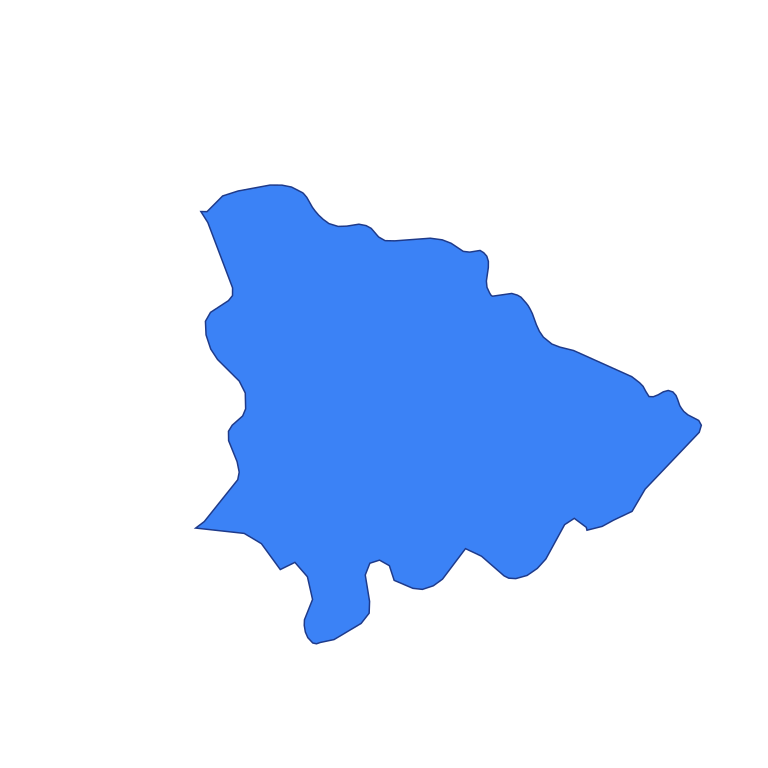 SVG path tracing the border of Yvelines, rotated 145°
{"feature_id": "FRA-5357", "entity_name": "Yvelines", "entity_type": "Metropolitan department", "adm_level": 1, "iso_a3": "FRA", "parent_name": "France", "parent_adm1": "", "projection": "natural_earth1", "projection_center": [1.792, 48.763], "detail": "fine", "context": "isolated", "style": "filled", "palette": "blue", "viewbox_px": 768, "rotation_deg": 145, "n_neighbors": 0, "source": "natural_earth", "source_scale": "10m", "svg_char_len": 1779}
<svg xmlns="http://www.w3.org/2000/svg" viewBox="0 0 768 768"><g transform="rotate(145 384 384)"><path d="M253.8,137.4L274.1,140.8L286.9,142.2L301.6,147.8L300.5,150.6L305.2,164.8L316.7,165.2L351.8,147.8L364.2,145.0L376.6,145.1L387.7,149.0L393.2,153.4L395.7,158.0L402.9,187.0L411.7,202.4L448.0,190.6L459.3,190.4L470.3,193.7L477.5,200.0L488.3,217.3L483.8,232.1L488.7,242.3L498.4,245.3L508.9,238.3L520.5,214.2L527.6,204.8L540.0,201.0L571.5,203.3L584.4,208.8L588.3,209.9L590.9,212.7L591.9,219.9L590.7,225.9L587.8,232.0L584.4,236.5L566.1,248.5L557.3,270.0L559.3,289.0L575.4,291.5L576.0,323.5L584.2,341.8L620.9,374.0L610.1,374.4L558.7,389.5L553.2,394.8L548.9,404.6L543.8,426.7L538.5,434.5L532.0,437.3L518.1,438.9L511.6,443.0L502.8,456.2L500.9,469.4L506.3,499.5L505.9,512.0L501.6,526.3L494.3,537.8L485.0,542.2L463.6,541.5L457.4,543.3L452.9,549.6L435.7,617.3L435.1,630.3L430.1,626.7L408.3,630.6L392.8,625.8L363.2,612.3L353.5,605.4L346.8,598.4L341.1,587.6L340.7,586.5L340.2,581.2L341.3,569.9L341.2,565.3L340.7,559.9L339.4,553.8L337.1,547.0L331.2,539.4L324.0,534.7L312.9,529.3L307.8,524.0L305.2,518.8L304.1,507.6L300.9,500.8L293.1,495.1L262.5,476.9L253.6,468.7L248.3,460.8L243.0,447.2L238.2,442.9L228.7,438.3L227.0,434.3L226.5,429.7L228.2,424.5L231.7,419.6L241.1,409.6L244.2,404.1L245.3,397.8L245.4,395.2L244.8,393.7L227.4,384.9L223.7,380.2L222.0,376.5L221.1,368.5L221.0,365.3L221.4,361.1L222.1,356.6L225.2,345.1L226.5,338.0L226.6,331.0L223.6,320.5L218.9,313.5L209.5,302.7L176.8,247.8L173.9,238.4L173.1,233.5L173.8,227.7L174.1,221.7L170.7,219.1L165.6,217.9L159.7,217.4L154.9,215.7L151.9,211.8L151.4,207.1L152.3,203.1L154.1,196.8L154.3,194.0L154.2,189.6L152.8,184.5L147.1,173.6L147.7,168.2L153.5,163.6L230.4,148.1L253.8,137.4Z" fill="#3b82f6" stroke="#1e3a8a" stroke-width="1.5"/></g></svg>